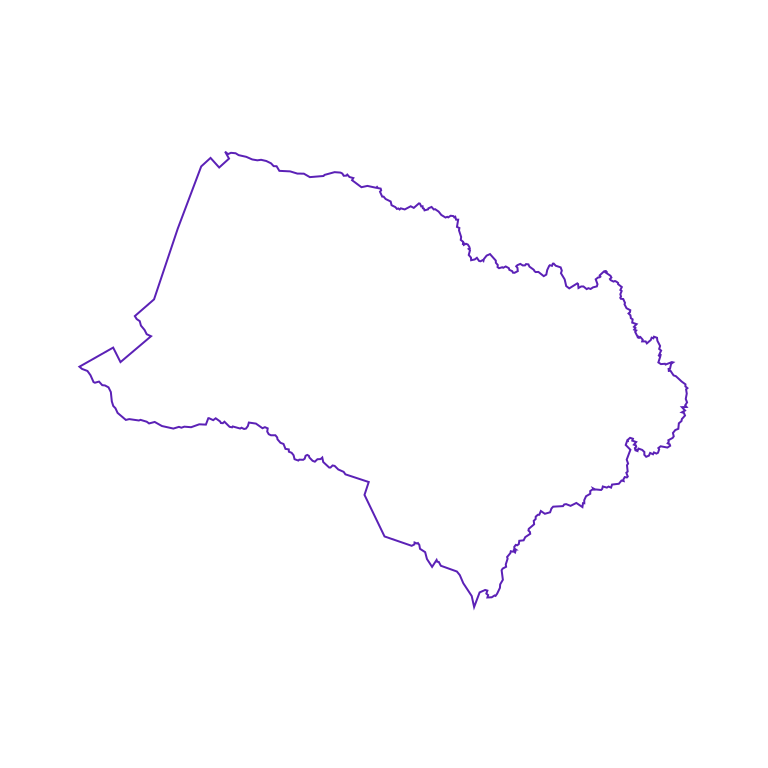 outline of Mareeba, Queensland, Australia, rotated 14°
{"feature_id": "25037944B55743987265110", "entity_name": "Mareeba", "entity_type": "district", "adm_level": 2, "iso_a3": "AUS", "parent_name": "Australia", "parent_adm1": "Queensland", "projection": "albers", "projection_center": [144.699, -17.129], "detail": "fine", "context": "isolated", "style": "outline", "palette": "violet", "viewbox_px": 768, "rotation_deg": 14, "n_neighbors": 0, "source": "geoboundaries", "source_scale": "gbopen_adm2", "svg_char_len": 6161}
<svg xmlns="http://www.w3.org/2000/svg" viewBox="0 0 768 768"><g transform="rotate(14 384 384)"><path d="M676.6,311.4L672.2,309.6L665.3,305.8L662.9,305.6L658.7,301.8L657.2,302.4L656.5,300.5L657.8,299.8L657.7,295.0L659.3,293.1L658.0,293.1L652.5,297.0L651.7,296.4L647.9,297.7L645.0,296.7L645.4,290.8L643.1,289.5L645.3,289.7L645.4,288.8L644.1,288.2L644.8,284.5L642.5,283.4L642.7,280.3L638.8,275.9L637.7,273.1L634.5,272.8L634.3,274.5L632.5,274.3L632.2,276.8L629.2,281.0L627.6,279.4L624.2,280.2L624.3,278.4L621.4,276.4L620.3,277.6L619.1,277.4L619.3,276.4L618.1,276.2L615.1,272.7L615.8,271.0L613.6,270.7L614.4,268.8L612.7,268.1L614.6,264.8L610.0,264.4L609.6,261.1L607.6,260.4L606.5,257.7L604.2,256.4L605.3,254.7L605.1,252.8L601.0,251.8L598.1,248.5L598.2,247.0L595.6,243.7L593.2,244.0L592.4,243.2L592.8,241.7L591.6,239.7L592.1,236.3L590.6,235.6L591.3,232.4L587.0,230.5L586.7,229.3L584.8,228.5L583.2,228.2L581.9,229.1L578.8,228.4L577.8,227.5L578.9,225.7L577.6,224.2L571.8,222.1L572.8,221.3L571.9,220.7L570.3,221.4L567.0,226.4L568.0,227.5L567.4,228.3L566.0,228.8L564.1,231.2L567.0,235.5L566.9,237.8L563.4,239.7L561.5,241.8L559.1,241.6L557.7,242.9L553.9,241.1L551.7,241.7L549.5,243.8L548.1,240.0L547.2,239.6L540.6,246.4L537.1,244.9L534.0,238.8L528.9,233.7L529.1,231.0L527.2,228.1L522.0,227.7L519.5,226.1L518.7,226.4L518.4,228.7L516.2,228.6L515.7,229.4L514.8,233.9L515.0,238.6L512.9,240.7L506.7,237.9L504.1,238.7L502.9,238.2L501.6,236.9L496.7,234.9L495.2,233.0L492.8,233.3L492.1,234.8L490.0,235.4L487.2,234.5L484.7,236.4L483.8,237.8L485.4,239.0L486.5,242.1L483.8,244.5L482.2,244.8L481.1,243.5L478.0,242.9L477.1,241.4L473.7,240.5L471.5,242.4L470.5,242.1L467.6,243.8L465.9,243.1L465.6,241.0L463.2,239.3L462.6,237.2L455.4,232.3L452.5,234.6L450.7,238.6L450.7,240.4L449.9,239.8L447.9,241.6L446.5,241.6L443.6,239.1L441.9,241.2L438.6,242.8L437.8,240.3L435.0,238.3L435.1,233.4L433.5,232.5L434.4,231.7L433.6,230.3L431.6,228.4L429.6,228.1L427.9,229.6L427.6,228.4L426.7,228.9L426.4,226.9L423.6,225.6L423.3,222.7L419.6,216.8L419.4,214.4L416.8,213.9L416.2,206.6L414.2,207.1L412.7,204.5L411.9,205.3L410.8,204.3L408.0,204.6L406.0,206.8L404.9,206.5L403.4,207.6L398.7,206.1L395.3,203.5L391.3,202.0L390.1,202.6L387.3,200.7L384.6,202.8L384.5,203.9L381.3,205.7L380.3,204.2L379.2,204.1L378.4,202.2L377.2,202.7L375.2,200.3L374.2,200.3L370.3,205.9L366.9,205.1L361.9,209.6L357.8,209.5L356.9,210.9L355.4,210.2L354.2,211.0L352.2,209.6L348.1,208.7L346.3,205.3L340.8,204.1L338.3,202.3L336.9,202.6L333.6,198.4L334.4,196.8L333.5,195.2L330.7,195.4L329.6,194.5L329.1,195.5L320.0,195.8L314.5,198.5L303.7,194.0L304.4,191.6L300.4,191.5L297.7,189.7L297.1,190.9L294.5,191.7L292.7,189.9L290.7,189.4L284.8,190.4L275.7,195.5L275.0,196.8L262.0,201.2L255.3,199.3L249.1,200.8L241.5,200.4L230.9,202.5L227.1,198.7L224.2,199.3L221.0,197.2L215.8,196.1L210.5,196.2L207.0,197.6L201.8,198.0L195.4,196.9L187.6,197.1L184.2,196.0L179.6,196.7L177.0,198.7L173.6,197.0L179.1,202.8L171.7,213.8L161.0,206.6L154.0,217.1L146.3,283.1L140.4,357.5L125.8,378.4L128.3,380.8L131.8,382.1L134.0,386.1L138.6,389.5L141.7,393.1L146.4,394.0L123.0,426.5L112.4,414.2L84.3,440.9L87.3,442.4L93.1,443.1L97.1,446.5L101.7,452.4L103.2,452.7L106.9,450.6L110.9,453.3L113.6,452.9L117.5,453.9L120.9,457.9L124.1,466.7L126.6,470.8L129.3,472.5L132.5,476.5L142.2,481.3L145.3,479.7L155.0,478.7L156.4,477.7L162.9,478.0L165.6,479.1L170.7,476.3L178.7,478.5L190.4,478.2L195.4,475.2L198.0,475.4L200.6,473.7L207.3,472.6L214.5,467.8L221.0,466.5L221.8,459.7L222.4,459.5L227.0,460.4L229.0,458.0L234.0,460.0L235.2,461.3L237.1,461.0L238.3,459.2L244.5,462.9L247.1,462.8L247.5,461.8L255.2,462.0L256.3,460.9L259.1,461.5L260.9,460.6L262.1,457.7L262.2,454.1L269.3,453.4L276.8,456.3L278.9,454.7L281.9,455.2L282.2,458.4L284.3,460.6L286.8,461.1L291.0,460.0L293.3,461.7L294.0,463.4L297.8,466.1L301.0,466.5L304.1,470.8L307.4,470.5L308.1,472.7L311.0,473.1L313.5,475.0L315.4,478.6L319.4,479.0L320.1,477.9L323.9,477.1L325.1,475.7L325.3,472.6L326.7,471.4L328.5,471.9L329.4,473.4L333.3,475.8L335.7,476.1L337.6,473.1L340.6,472.2L341.9,470.3L343.9,474.4L351.0,478.3L352.3,478.0L353.8,475.5L355.9,475.4L360.3,478.0L366.1,479.0L368.4,481.0L392.9,482.8L391.9,496.3L421.4,531.8L450.0,534.3L452.3,532.3L452.0,530.4L454.7,530.8L455.4,530.1L457.2,531.6L458.8,535.2L464.6,537.2L468.0,543.4L474.9,549.8L477.6,542.0L478.7,543.6L480.2,543.4L483.1,546.6L500.1,548.3L503.8,551.1L509.1,558.1L520.4,568.5L525.4,578.6L527.2,563.1L531.9,559.4L534.3,559.5L534.0,562.6L536.1,563.6L536.0,566.1L540.1,564.9L542.5,562.4L543.5,562.6L544.5,560.1L545.8,553.7L545.2,550.3L546.7,545.2L543.2,536.3L543.8,534.4L546.7,531.8L545.8,529.6L546.2,523.6L545.3,522.1L547.5,517.6L547.5,515.6L549.7,515.5L550.1,514.7L551.9,515.7L552.0,514.4L550.7,513.3L552.1,512.8L550.3,512.1L549.8,510.5L550.8,508.2L552.2,508.3L553.5,506.8L553.2,503.4L557.3,501.9L558.1,498.4L562.1,494.0L561.4,492.3L559.6,491.2L559.5,489.5L563.6,483.8L562.4,480.5L563.8,478.4L563.3,476.0L564.9,473.7L566.3,473.3L566.9,469.3L571.5,471.0L576.2,468.3L576.6,464.3L577.8,462.1L587.2,459.2L588.0,457.3L589.8,456.5L594.5,457.1L599.4,452.9L606.3,455.4L605.9,451.5L607.2,451.3L606.4,448.3L607.2,444.0L610.7,440.6L610.0,438.0L611.7,436.0L613.1,435.7L612.2,434.7L614.3,435.2L620.3,434.3L621.1,433.0L621.1,430.5L625.3,430.6L626.7,429.2L629.4,429.6L629.6,426.4L636.0,424.0L637.8,420.2L640.0,420.2L639.3,419.0L640.1,416.1L642.3,415.9L642.9,414.8L640.6,411.5L641.6,410.0L639.4,404.0L640.1,402.2L637.8,398.7L639.0,388.2L633.3,384.7L633.7,380.0L634.4,380.1L634.1,379.1L635.8,376.7L638.8,376.9L638.6,378.9L642.7,379.3L641.2,382.4L643.2,382.6L643.9,383.9L642.9,385.5L644.0,387.5L645.9,387.7L645.5,386.7L646.3,386.8L646.6,385.1L650.5,385.5L653.1,387.0L653.7,389.7L656.0,391.2L658.4,389.4L658.9,386.5L662.0,387.1L662.5,385.1L665.2,385.6L666.5,384.4L666.8,380.8L665.7,379.8L667.5,377.5L674.4,377.1L676.6,374.7L675.8,373.4L673.6,372.9L674.3,371.3L673.5,369.8L677.1,366.5L677.8,364.7L676.2,361.6L677.8,358.2L680.4,356.3L679.6,350.8L681.6,348.0L681.5,345.9L683.7,341.8L682.0,339.5L679.9,339.4L682.5,336.9L678.7,334.4L683.1,333.1L681.4,331.8L682.5,328.5L680.4,325.5L680.1,320.1L678.4,316.1L679.4,314.6L677.0,313.4L676.6,311.4Z" fill="none" stroke="#5b21b6" stroke-width="2"/></g></svg>